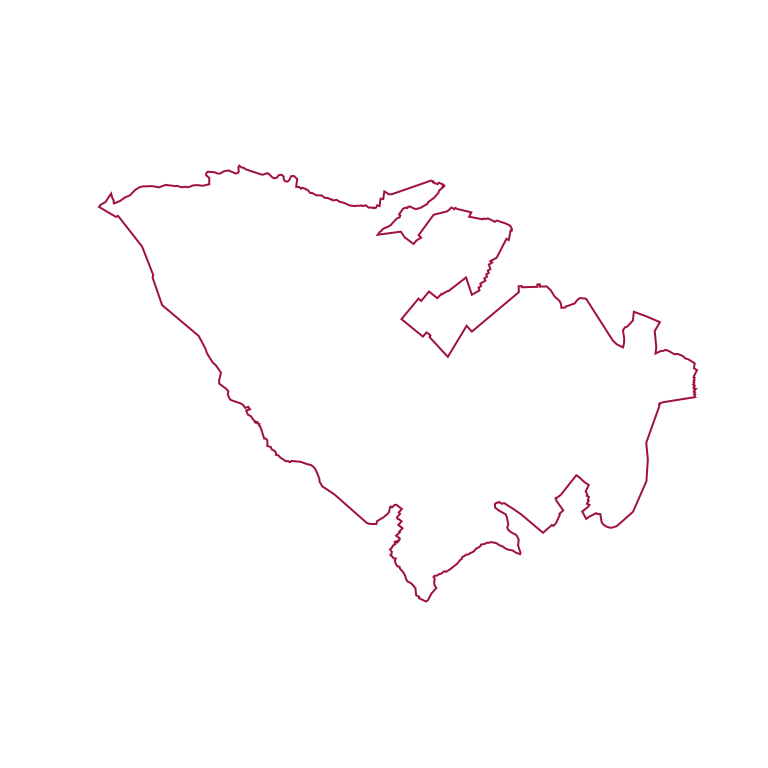 Tepeaca, Puebla, Mexico (Robinson projection), rotated 279°
{"feature_id": "50627088B65762611280568", "entity_name": "Tepeaca", "entity_type": "district", "adm_level": 2, "iso_a3": "MEX", "parent_name": "Mexico", "parent_adm1": "Puebla", "projection": "robinson", "projection_center": [-97.879, 19.018], "detail": "fine", "context": "isolated", "style": "outline", "palette": "rose", "viewbox_px": 768, "rotation_deg": 279, "n_neighbors": 0, "source": "geoboundaries", "source_scale": "gbopen_adm2", "svg_char_len": 6154}
<svg xmlns="http://www.w3.org/2000/svg" viewBox="0 0 768 768"><g transform="rotate(279 384 384)"><path d="M497.3,538.6L502.5,534.2L505.8,529.5L504.6,522.8L506.8,522.3L506.3,519.9L504.0,520.4L501.1,505.1L502.2,504.8L501.6,501.7L495.8,502.8L449.5,462.6L454.4,456.5L420.8,442.8L437.5,421.6L439.0,422.3L439.6,422.0L441.6,417.9L436.9,415.0L450.8,391.1L473.7,404.7L471.9,407.8L482.4,414.0L477.1,423.2L481.7,426.5L481.3,426.7L485.9,432.5L485.9,433.2L502.1,448.4L485.9,456.8L491.4,463.7L494.0,462.3L495.9,464.6L498.2,463.4L501.9,467.9L504.1,466.6L505.9,468.9L508.3,467.9L510.0,470.1L512.3,468.8L514.1,471.1L518.3,468.9L520.9,471.8L522.0,469.8L526.3,475.5L546.5,482.2L545.7,484.7L555.4,485.0L555.3,486.1L556.6,486.3L559.2,484.7L560.3,483.4L561.6,478.8L563.1,469.9L561.4,467.8L561.9,467.3L563.8,460.7L563.0,459.0L562.9,456.3L562.1,455.9L562.5,441.9L567.2,443.4L568.3,429.4L569.1,426.8L567.6,426.1L568.9,423.1L564.5,419.6L558.9,406.5L536.4,394.9L534.4,397.8L530.9,393.7L526.9,391.3L532.2,381.3L537.1,376.8L530.4,354.4L533.5,356.0L534.7,357.5L536.3,358.1L538.6,360.7L538.8,361.8L541.8,365.6L549.4,370.7L551.0,373.3L552.9,373.8L553.8,372.3L559.9,375.3L561.4,377.2L561.5,379.6L563.1,380.3L563.2,382.5L561.8,386.9L561.9,388.5L563.7,392.5L568.8,398.8L570.4,399.0L575.8,404.4L581.4,407.9L583.6,408.1L589.6,413.3L587.9,410.9L590.2,411.5L591.4,406.6L589.7,405.7L590.8,400.8L591.7,401.1L592.3,398.7L572.8,362.3L572.1,359.3L574.3,354.2L566.6,354.3L566.5,351.6L559.0,351.8L559.4,349.3L557.0,348.6L556.5,348.1L556.6,346.3L555.9,345.8L556.4,344.0L555.8,341.2L557.6,338.3L556.4,334.9L556.9,333.4L556.2,332.3L556.0,329.8L555.2,327.9L555.0,321.8L556.6,316.5L557.1,311.6L558.4,308.7L557.3,304.3L558.3,303.6L558.0,302.0L558.9,299.9L558.7,296.2L560.5,292.8L559.8,287.8L561.4,283.2L561.1,281.3L563.7,278.2L564.0,276.3L564.5,276.0L565.0,272.3L563.9,271.5L565.3,269.6L565.0,266.4L572.9,266.2L575.4,262.4L574.7,259.8L569.9,258.2L568.9,257.0L568.7,255.3L569.6,253.6L570.7,252.9L573.3,252.4L574.7,250.1L573.8,247.4L570.8,245.7L570.0,243.6L570.4,241.8L573.8,236.9L573.7,235.0L571.9,231.9L571.7,230.3L574.0,216.1L574.7,213.0L575.6,211.7L575.5,209.5L577.0,206.9L575.1,206.3L571.1,207.3L570.2,207.0L568.9,205.5L568.7,204.6L570.6,197.1L569.1,192.7L566.2,189.2L565.8,186.9L566.7,183.3L566.0,176.5L564.4,175.5L562.4,175.6L560.2,179.2L553.9,180.1L551.4,173.8L551.3,169.1L550.5,165.0L547.6,159.6L547.8,157.3L546.7,153.6L547.3,148.9L546.8,146.8L546.5,137.3L543.0,130.9L543.2,124.2L541.4,114.8L540.2,111.9L536.9,108.0L530.6,103.6L527.6,98.8L523.6,94.8L520.2,89.4L520.2,88.8L523.3,88.2L525.3,86.5L529.4,84.7L520.3,80.5L516.4,75.8L514.3,74.9L507.1,93.1L508.5,95.0L481.9,123.6L455.4,139.1L452.9,138.8L427.2,152.5L402.5,193.4L391.0,202.1L386.8,204.2L378.6,211.3L375.9,215.3L369.7,221.2L361.6,220.6L358.6,221.2L354.5,229.0L352.4,231.4L349.0,231.4L344.8,234.2L344.1,235.7L342.4,245.5L341.3,248.1L338.7,250.7L340.2,253.5L338.0,255.6L336.3,252.0L332.5,254.3L331.2,257.8L328.2,260.5L326.8,262.9L326.2,262.4L325.5,263.8L326.7,264.4L326.7,265.0L325.1,265.9L324.9,267.3L323.5,267.1L323.4,267.7L321.0,269.3L311.4,274.2L311.6,275.2L310.6,277.2L308.8,277.9L304.6,278.4L304.0,282.2L301.9,283.3L300.6,286.8L298.8,288.2L297.2,288.2L297.0,290.9L295.3,292.8L292.4,299.1L292.8,301.6L292.0,303.3L293.5,304.6L294.1,313.8L292.6,322.0L292.8,324.2L292.1,325.5L290.5,328.2L288.1,330.3L280.5,334.9L277.5,335.6L273.2,339.1L267.2,352.3L244.0,388.9L243.6,392.3L244.5,398.4L247.4,398.6L252.5,404.6L257.1,408.5L258.8,409.1L263.4,409.2L264.1,410.0L263.4,411.2L266.2,413.3L266.6,415.2L263.3,421.2L259.5,418.6L258.3,420.2L254.2,417.6L252.6,419.0L252.8,419.9L251.1,422.9L247.0,420.2L244.5,424.9L240.4,422.1L240.0,422.8L236.1,419.7L234.0,423.7L232.4,423.6L231.4,422.1L230.0,421.2L230.0,422.2L229.4,421.7L230.3,420.0L230.0,419.5L228.8,419.3L227.5,420.2L225.9,418.2L224.0,417.6L221.6,415.8L219.7,417.9L217.3,418.0L216.2,417.1L215.7,417.3L214.9,419.3L213.9,419.9L213.1,421.9L213.4,422.8L210.8,422.5L207.7,424.1L205.9,426.0L206.0,427.9L204.1,428.7L201.3,432.2L198.1,434.8L194.8,436.3L192.6,438.2L191.4,442.0L187.3,447.0L180.5,448.7L179.3,452.0L178.0,452.0L175.7,459.5L177.4,461.3L184.4,463.6L190.7,467.6L193.5,465.2L196.2,464.5L200.0,464.5L201.1,463.1L202.5,463.9L203.1,466.4L204.9,468.3L205.6,470.2L208.1,472.4L208.5,473.5L208.2,474.5L210.6,477.5L217.8,484.3L221.9,486.6L223.2,488.0L225.5,488.5L227.0,490.8L228.1,491.4L229.1,494.5L230.0,495.0L231.9,497.9L233.5,499.5L236.0,500.8L237.2,502.9L239.5,504.9L240.5,504.9L242.2,509.2L243.3,510.3L243.4,511.8L244.6,514.5L244.4,519.9L242.8,523.3L241.9,527.4L241.1,528.3L239.8,532.1L239.7,537.0L238.0,540.8L237.2,545.0L238.5,545.3L245.4,541.7L251.3,541.4L252.3,540.8L255.0,538.8L255.8,537.7L257.4,532.8L259.6,529.3L261.8,528.1L264.6,528.8L271.9,526.1L274.4,524.4L277.0,517.2L279.3,513.1L282.8,512.3L284.4,513.9L284.6,515.4L285.6,516.0L284.2,519.0L285.1,521.5L280.6,531.7L276.4,540.4L261.9,564.3L271.0,571.9L270.4,573.5L273.2,575.5L282.0,578.1L283.1,577.5L287.2,580.8L295.3,572.9L297.4,571.4L298.1,571.5L297.9,571.8L302.2,576.0L323.9,588.2L322.7,591.0L318.2,597.7L316.3,602.1L309.4,600.0L306.7,602.1L305.3,601.7L304.6,604.0L301.1,603.5L300.7,604.4L297.4,603.1L296.7,605.9L294.0,604.3L289.1,599.7L282.4,604.8L284.7,607.1L289.6,613.6L289.1,614.3L289.4,618.0L281.7,620.5L279.7,622.4L278.1,625.4L277.5,628.8L277.6,631.2L279.9,636.0L296.7,649.9L329.1,658.4L350.8,656.4L367.0,652.2L402.5,658.9L405.9,659.4L407.1,658.8L407.4,659.5L408.2,659.5L410.0,663.5L419.6,693.0L419.9,692.5L422.0,693.1L422.3,691.9L424.4,692.6L424.8,691.1L427.0,692.2L427.4,691.4L428.1,692.5L428.8,690.3L431.1,691.2L431.7,689.5L433.8,690.3L434.2,689.4L436.2,690.1L436.5,689.3L438.8,689.9L439.3,688.6L446.7,691.0L448.0,687.7L453.1,687.6L456.0,680.6L456.3,677.9L458.3,674.8L459.6,670.1L459.5,667.8L458.8,667.0L459.2,665.0L461.0,660.6L461.8,656.8L460.1,654.2L459.9,652.3L456.6,647.4L462.8,647.2L478.6,643.1L488.3,646.8L491.9,632.3L494.4,619.5L485.6,619.9L479.3,615.6L478.1,614.5L477.9,613.3L474.5,611.6L466.2,614.2L461.7,614.7L457.5,614.4L459.6,607.7L462.7,603.2L499.9,570.2L499.5,563.8L496.6,561.4L493.4,559.7L488.7,551.1L487.9,551.0L487.0,547.3L490.8,546.3L493.5,544.4L497.3,538.6Z" fill="none" stroke="#9f1239" stroke-width="2"/></g></svg>